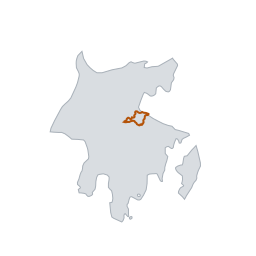 location of Beylagan District, Beyləqan, Azerbaijan, rotated 243°
{"feature_id": "54616110B20470092766685", "entity_name": "Beylagan District", "entity_type": "district", "adm_level": 2, "iso_a3": "AZE", "parent_name": "Azerbaijan", "parent_adm1": "Beyləqan", "projection": "equal_earth", "projection_center": [47.705, 39.846], "detail": "fine", "context": "in_parent", "style": "outline", "palette": "amber", "viewbox_px": 256, "rotation_deg": 243, "n_neighbors": 0, "source": "geoboundaries", "source_scale": "gbopen_adm2", "svg_char_len": 4767}
<svg xmlns="http://www.w3.org/2000/svg" viewBox="0 0 256 256"><g transform="rotate(243 128 128)"><path d="M170.0,199.5L169.1,199.4L162.5,201.0L161.1,200.5L155.5,193.1L154.3,192.2L151.9,191.9L150.4,190.7L149.3,188.7L148.6,187.2L142.8,183.2L141.9,181.7L141.8,180.5L142.6,179.3L143.6,178.3L146.5,177.3L149.8,176.5L150.8,175.8L151.4,174.8L151.3,173.1L150.8,171.4L146.0,168.3L145.5,167.0L145.3,165.4L145.6,163.7L146.4,162.4L150.2,160.6L152.3,158.7L151.0,156.7L146.8,152.0L141.8,146.8L138.5,146.7L134.7,148.3L128.6,152.7L125.2,154.6L120.8,157.7L116.0,161.2L112.1,164.9L109.6,168.0L105.2,169.3L103.0,171.9L95.6,179.6L93.6,179.5L93.5,175.7L93.6,172.6L93.2,170.9L90.8,168.5L90.8,167.5L91.4,166.8L93.2,167.2L95.6,167.1L96.7,166.1L94.2,163.0L92.0,160.9L90.1,159.5L89.7,158.6L89.7,158.0L90.1,157.3L93.3,155.6L93.7,154.0L93.5,152.2L88.4,149.6L84.5,150.5L81.1,147.6L78.9,145.3L76.2,142.9L73.8,141.6L71.5,138.5L67.4,135.4L64.8,134.5L64.9,134.0L65.3,133.4L66.4,132.9L73.7,133.1L74.6,132.5L75.1,131.1L76.1,129.1L77.2,126.2L77.2,123.7L69.9,119.8L64.7,116.1L61.1,111.3L58.6,106.9L58.7,105.4L59.5,104.0L65.2,100.0L65.5,98.9L65.4,98.2L63.4,96.1L60.9,94.0L60.2,92.4L58.6,91.6L55.6,91.6L50.3,89.0L49.2,88.7L48.9,88.2L49.2,87.6L53.0,86.6L52.9,85.7L51.8,84.6L49.7,83.7L47.8,81.6L47.1,79.8L54.0,74.3L56.0,73.2L60.5,74.2L69.7,77.8L69.0,79.8L70.0,81.0L72.1,82.5L76.2,84.1L79.6,84.9L81.4,84.2L84.0,83.6L87.5,85.4L90.6,87.7L92.2,88.6L93.1,88.9L95.5,88.2L98.4,85.2L99.6,81.6L99.9,79.9L98.2,77.6L94.8,75.0L90.9,72.8L88.4,70.8L86.8,66.9L85.2,66.5L84.8,66.0L84.5,64.6L84.6,62.8L85.2,61.3L86.8,60.7L88.4,60.5L89.8,59.1L91.6,56.5L92.4,55.0L95.8,55.8L96.2,58.2L96.8,58.7L98.2,58.4L100.6,57.4L102.4,58.2L104.8,61.1L108.1,64.1L109.9,66.1L110.6,67.5L112.3,68.9L114.8,70.5L116.8,73.0L118.5,78.8L120.3,80.1L126.7,82.3L129.0,82.8L135.3,83.6L137.5,83.0L140.7,78.0L143.6,72.8L146.4,71.7L151.3,69.3L154.2,66.9L155.4,64.4L158.2,59.6L159.9,56.9L162.8,59.3L167.8,65.8L175.1,76.3L176.9,79.3L178.0,82.8L179.1,87.0L180.7,90.7L188.1,100.1L191.3,103.6L196.5,108.1L198.3,109.1L200.7,109.4L205.1,109.4L209.2,111.2L211.3,112.4L213.4,114.2L215.3,116.3L217.2,121.8L210.1,120.0L203.0,120.3L199.0,121.5L195.1,123.1L191.3,125.4L189.0,129.9L187.1,140.2L184.3,149.9L184.4,154.5L185.7,158.8L185.6,160.8L184.3,161.7L182.6,163.5L180.5,172.5L179.4,174.3L178.0,175.4L177.6,174.3L177.6,172.0L174.5,169.9L172.8,172.2L171.7,177.2L169.5,182.4L169.3,183.4L170.0,199.5ZM64.2,107.8L64.5,106.4L63.7,105.8L62.7,105.8L61.9,106.5L61.9,108.2L63.0,108.5L64.2,107.8ZM40.3,148.2L39.3,146.7L38.8,146.0L42.0,145.3L47.2,143.4L48.6,144.3L50.2,146.3L50.9,147.9L51.0,151.0L51.6,151.5L54.2,150.5L55.3,151.7L57.3,153.2L60.7,154.7L65.6,152.4L68.1,151.8L70.1,151.9L71.2,152.6L71.5,155.0L71.1,158.0L70.5,159.6L71.6,160.8L75.6,163.7L77.2,165.3L76.4,168.1L79.4,174.8L80.3,177.5L81.5,180.7L75.3,179.5L64.2,176.7L61.2,175.3L58.3,171.5L56.6,169.7L54.1,167.4L52.0,166.5L50.5,164.8L49.6,162.4L48.3,160.3L46.0,157.7L41.0,149.1L40.3,148.2ZM47.7,90.7L47.0,91.2L45.9,90.7L45.6,89.6L45.7,88.5L46.8,88.3L47.6,88.6L47.8,89.6L47.7,90.7Z" fill="#d9dde1" stroke="#a8b0b8" stroke-width="1"/><path d="M135.0,127.4L134.8,127.6L134.6,128.0L134.2,128.5L134.0,129.0L133.8,129.6L133.7,130.0L133.4,130.6L133.2,131.1L133.0,131.5L132.8,131.8L132.8,132.2L132.8,133.7L132.5,134.5L132.5,135.2L132.1,135.7L132.0,136.1L131.7,136.5L131.4,136.7L131.1,136.9L130.7,137.0L130.2,137.0L129.9,137.0L129.5,137.2L129.2,137.4L128.8,137.7L128.5,137.7L127.8,137.7L127.3,137.7L127.0,137.9L126.6,138.2L126.3,138.4L125.9,138.7L125.7,138.8L125.5,139.0L125.2,139.3L125.1,139.7L125.1,140.0L125.3,140.2L125.6,140.6L125.5,140.9L125.2,141.1L124.8,141.3L124.5,141.7L124.5,141.9L124.7,142.1L124.9,142.3L125.2,142.5L125.4,142.7L125.4,143.2L125.2,143.3L125.6,144.0L126.2,144.6L127.2,144.8L127.8,145.1L128.3,145.7L128.7,146.6L128.7,147.0L129.4,147.5L130.0,147.8L130.7,148.3L131.2,148.9L131.3,149.9L130.9,150.7L130.6,151.4L130.7,152.3L131.0,152.4L131.3,152.6L132.0,152.0L133.3,150.8L133.7,150.2L134.1,149.6L134.5,149.0L135.1,148.4L135.4,148.2L135.8,147.9L135.8,147.5L135.7,146.8L135.7,146.3L135.9,145.7L136.1,145.2L136.5,144.9L136.9,144.4L137.5,144.1L137.8,144.0L138.5,143.7L138.8,143.4L139.0,143.1L139.2,142.7L139.3,142.3L139.1,141.9L138.8,141.5L138.0,141.4L137.6,141.3L137.2,141.0L137.0,140.6L136.8,140.1L136.6,139.6L136.1,139.1L135.8,139.1L135.3,139.1L134.9,138.8L134.7,138.4L134.7,138.0L134.8,137.6L134.9,137.4L135.2,137.0L135.4,136.7L135.7,136.3L135.5,136.1L135.1,135.8L134.8,135.5L134.6,135.3L134.6,135.0L134.7,134.6L134.7,134.4L135.1,134.1L135.4,133.9L135.7,133.8L136.0,133.6L136.5,133.4L136.9,133.1L137.1,132.7L137.0,132.0L136.8,131.5L136.6,131.0L136.0,130.6L135.6,130.2L135.4,129.6L135.3,129.2L135.6,128.8L135.4,128.3L135.5,127.9L135.0,127.5L135.0,127.4Z" fill="none" stroke="#b45309" stroke-width="2"/></g></svg>